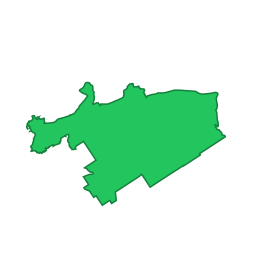 Darwin, Northern Territory, Australia, rotated 57°
{"feature_id": "25037944B80188408210929", "entity_name": "Darwin", "entity_type": "district", "adm_level": 2, "iso_a3": "AUS", "parent_name": "Australia", "parent_adm1": "Northern Territory", "projection": "equal_earth", "projection_center": [130.84, -12.399], "detail": "fine", "context": "isolated", "style": "filled", "palette": "green", "viewbox_px": 256, "rotation_deg": 57, "n_neighbors": 0, "source": "geoboundaries", "source_scale": "gbopen_adm2", "svg_char_len": 5506}
<svg xmlns="http://www.w3.org/2000/svg" viewBox="0 0 256 256"><g transform="rotate(57 128 128)"><path d="M188.4,51.5L188.1,51.0L187.1,51.0L185.3,52.6L182.3,52.0L181.6,52.4L179.0,52.6L178.3,53.7L177.6,54.0L174.8,54.0L172.8,53.2L173.2,52.7L175.6,52.3L175.8,51.7L175.5,51.2L172.0,49.2L170.0,48.8L163.1,45.0L160.7,44.6L160.5,43.4L159.4,42.2L158.4,41.3L156.5,40.2L152.7,38.7L151.1,37.7L148.7,34.3L148.2,34.0L147.3,34.0L146.7,34.3L145.6,35.5L144.3,39.0L140.9,45.9L139.4,48.1L136.9,50.0L134.1,51.3L125.2,63.0L121.6,68.3L118.8,77.0L117.5,79.9L114.8,83.9L114.7,85.9L113.1,89.4L111.8,93.7L111.6,94.8L112.2,95.9L111.7,95.8L110.7,95.9L109.7,95.9L109.3,95.5L109.0,95.4L108.5,95.6L108.0,95.7L107.7,95.6L107.5,95.3L107.1,95.3L106.7,95.3L106.4,95.2L106.1,94.8L105.8,93.9L105.4,93.5L105.2,93.5L103.9,93.4L103.8,93.7L103.7,93.7L103.6,93.8L103.6,93.7L103.6,93.9L103.4,94.1L103.0,94.8L102.4,95.8L102.2,96.0L101.9,96.1L101.6,96.1L101.4,96.2L100.9,96.4L100.5,96.8L100.1,96.6L99.8,96.7L99.5,96.4L99.4,96.5L99.1,96.3L98.8,96.3L98.8,96.7L98.6,96.7L98.4,97.0L98.6,97.5L98.1,98.3L97.6,99.3L97.1,100.2L96.8,100.3L96.7,100.6L96.2,100.6L95.4,100.7L95.2,100.6L94.8,100.1L94.6,100.1L94.4,100.1L93.5,100.5L93.2,100.3L93.3,100.0L93.1,100.1L93.1,100.6L92.8,100.8L92.6,101.6L92.1,102.4L92.1,102.8L92.2,103.6L92.5,104.4L92.8,105.6L92.9,106.0L93.2,106.3L93.5,106.5L94.1,107.0L94.3,107.5L94.4,107.9L94.4,109.7L94.4,110.0L94.3,110.7L94.4,111.0L94.5,111.3L95.5,112.1L96.1,112.4L96.4,112.4L96.8,112.7L97.1,112.7L97.6,112.9L97.9,113.3L98.1,113.7L98.5,114.1L98.8,114.0L99.0,114.4L99.6,115.4L99.7,115.9L99.4,118.2L99.2,119.3L99.1,120.5L98.7,122.1L98.8,122.7L98.3,124.2L98.3,125.1L98.1,125.7L98.1,126.3L96.8,132.2L93.1,137.7L94.2,138.7L94.1,139.2L90.6,139.3L89.8,140.7L89.5,142.9L89.2,144.2L88.6,144.4L88.2,144.1L87.5,143.0L85.8,141.0L83.4,139.2L81.6,138.6L80.5,137.8L79.5,136.9L77.6,137.1L74.0,134.9L72.7,134.8L71.4,135.9L69.2,135.7L67.9,136.9L67.2,138.3L67.2,139.4L69.4,142.6L69.8,144.6L69.7,147.6L70.4,148.4L73.8,147.2L77.4,144.7L79.1,144.4L80.9,149.0L83.1,156.8L84.3,158.1L84.4,158.9L84.5,159.1L84.8,159.2L84.7,159.3L84.8,159.5L84.8,160.1L84.9,160.6L84.9,161.4L85.2,161.7L85.4,161.9L85.5,162.1L85.8,163.4L86.1,164.0L86.4,164.5L86.5,164.8L86.4,166.6L86.3,166.9L86.2,167.1L86.2,167.4L86.0,168.6L85.9,168.7L86.0,168.7L86.0,168.8L85.6,171.1L85.1,172.8L84.9,173.6L84.5,175.4L83.9,177.3L83.6,178.0L83.6,178.5L83.2,179.5L82.6,180.9L82.5,181.4L82.5,182.5L82.6,183.6L83.2,185.4L82.9,186.9L82.2,188.9L81.6,190.2L79.6,193.7L78.8,195.2L78.7,195.4L78.4,195.7L78.1,195.0L77.6,194.5L76.9,194.5L76.4,194.4L76.1,194.1L75.3,193.7L74.9,193.7L73.9,192.5L74.1,193.0L73.9,193.4L73.8,194.7L73.5,195.3L73.5,195.7L73.2,195.9L72.7,196.9L72.4,196.8L71.9,197.1L71.6,197.0L71.1,197.2L70.4,197.2L70.2,197.1L70.1,196.8L70.0,197.3L69.8,197.6L69.6,197.8L69.5,198.3L69.4,198.6L69.6,198.7L69.8,198.0L70.1,197.6L70.3,197.5L71.2,197.5L71.3,197.8L71.3,198.4L71.4,198.9L71.3,199.0L71.2,199.4L71.0,199.6L69.5,200.4L68.9,200.4L67.9,200.1L67.4,199.9L67.0,199.8L66.7,200.0L66.2,200.4L66.2,200.6L65.9,201.5L65.9,202.1L66.2,202.2L66.9,202.3L67.6,202.2L67.8,202.3L68.7,203.4L69.1,204.1L69.2,204.7L69.1,205.6L69.0,206.3L68.9,206.5L68.4,206.9L68.3,207.5L68.8,208.1L69.4,208.2L69.1,208.9L69.2,209.4L69.3,209.7L69.6,210.1L70.6,211.0L71.3,211.4L71.5,212.0L71.9,212.4L72.7,212.7L74.2,212.7L74.3,212.6L74.2,212.4L73.3,212.5L72.6,212.5L72.1,212.3L71.8,212.1L71.6,211.8L71.5,211.5L71.6,210.2L71.8,210.3L71.8,210.1L72.3,210.0L72.5,209.8L72.8,209.7L72.9,209.8L73.1,210.0L73.2,209.8L73.7,210.1L73.9,209.8L74.1,209.8L74.7,210.6L74.8,210.5L75.8,210.4L76.5,210.3L76.9,210.3L77.2,210.4L77.5,210.8L77.4,211.0L77.5,211.2L77.3,211.8L77.4,212.0L77.6,211.2L77.7,210.9L78.0,210.9L79.4,210.2L79.9,210.2L81.0,209.3L81.9,209.2L82.3,209.3L82.6,209.2L82.9,209.4L83.5,209.5L84.7,211.6L84.8,211.7L85.0,211.7L85.1,211.9L85.3,212.3L85.4,212.9L85.6,213.1L85.8,213.3L86.3,213.3L86.7,213.7L87.2,214.1L87.4,214.4L87.7,214.6L87.9,215.1L88.6,216.0L89.6,216.8L90.1,217.9L90.4,219.3L90.6,219.7L90.8,219.8L91.4,219.9L91.7,219.9L92.5,219.9L92.8,219.5L93.1,219.6L93.6,219.9L93.8,220.2L94.5,221.9L94.7,222.0L94.9,221.9L95.2,221.2L95.3,220.3L95.2,220.1L95.6,219.7L96.8,218.0L97.0,218.2L97.3,218.1L98.7,217.3L98.9,217.8L99.1,217.7L99.6,217.2L100.0,216.8L100.3,216.7L100.9,215.9L100.5,214.9L101.9,214.5L101.8,213.9L102.3,213.8L102.1,212.5L101.7,212.5L101.5,211.6L102.0,211.5L101.9,210.7L102.6,210.8L102.3,208.8L102.0,208.8L102.0,208.6L100.2,208.6L100.2,207.9L100.3,207.3L101.1,207.5L101.4,204.9L100.6,204.8L101.2,200.3L101.4,200.1L102.6,200.7L102.6,198.5L103.7,194.2L102.9,193.4L103.6,193.9L103.5,193.7L103.5,193.2L103.2,193.2L102.7,192.9L102.9,192.3L102.8,192.2L102.2,191.7L102.1,191.4L101.7,191.0L101.2,190.7L100.9,190.4L100.3,190.2L100.2,190.0L100.1,186.5L100.1,185.1L100.2,184.9L100.3,184.8L100.8,184.8L101.0,185.0L101.1,184.9L100.3,184.8L100.2,184.6L100.5,182.6L101.0,181.3L103.6,182.7L104.0,183.7L105.1,185.1L106.4,185.7L107.7,185.8L108.4,185.5L110.9,187.0L112.2,186.8L112.3,187.0L113.5,187.0L114.1,186.5L115.7,186.7L117.3,183.2L115.7,182.8L114.9,181.5L115.0,172.6L137.6,172.4L137.7,186.2L140.2,184.4L141.4,184.7L144.6,183.6L145.6,181.9L147.2,181.9L147.4,183.0L145.9,185.6L144.6,191.9L154.0,191.9L154.0,197.5L155.8,197.5L159.9,194.6L167.6,194.5L167.5,191.7L178.8,191.6L178.8,182.7L181.1,182.6L181.1,182.9L182.4,182.9L182.4,177.3L174.8,173.5L174.7,144.1L174.5,143.0L174.1,142.1L174.8,141.7L189.7,141.7L189.6,121.7L189.7,102.0L190.1,102.0L190.0,82.0L188.5,82.0L188.4,51.5Z" fill="#22c55e" stroke="#15803d" stroke-width="1.5"/></g></svg>